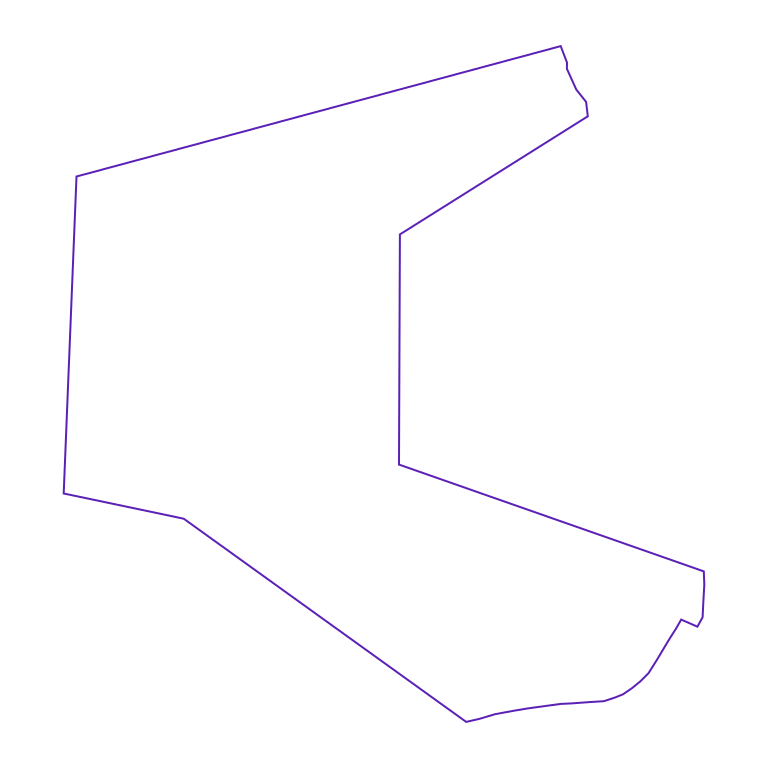 Ukaeb, Melekeok, Palau (Mercator projection)
{"feature_id": "81905179B87979542082634", "entity_name": "Ukaeb", "entity_type": "district", "adm_level": 2, "iso_a3": "PLW", "parent_name": "Palau", "parent_adm1": "Melekeok", "projection": "mercator", "projection_center": [134.634, 7.496], "detail": "fine", "context": "isolated", "style": "outline", "palette": "violet", "viewbox_px": 768, "rotation_deg": 0, "n_neighbors": 0, "source": "geoboundaries", "source_scale": "gbopen_adm2", "svg_char_len": 564}
<svg xmlns="http://www.w3.org/2000/svg" viewBox="0 0 768 768"><path d="M76.5,176.5L63.7,493.5L183.7,518.7L466.2,721.9L479.3,718.9L495.0,714.2L512.3,711.0L527.2,708.5L545.3,706.0L560.9,703.9L571.6,703.4L589.3,702.1L603.9,701.2L614.8,697.6L623.0,694.3L631.8,688.3L640.5,681.2L648.5,673.2L657.2,659.4L666.5,643.8L670.6,637.1L676.4,628.0L681.2,619.6L697.4,626.7L702.6,617.3L703.3,602.6L704.3,584.7L703.8,571.4L399.0,464.6L399.9,234.4L587.8,116.3L586.1,101.9L576.3,89.6L566.9,68.8L567.0,62.6L560.7,46.1L76.5,176.5Z" fill="none" stroke="#5b21b6" stroke-width="2"/></svg>